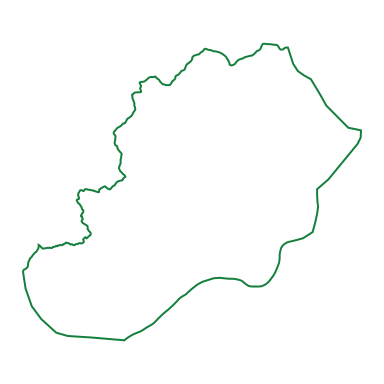 outline of Add, Houaphan, Laos
{"feature_id": "54806243B77566454903685", "entity_name": "Add", "entity_type": "district", "adm_level": 2, "iso_a3": "LAO", "parent_name": "Laos", "parent_adm1": "Houaphan", "projection": "albers", "projection_center": [103.803, 20.731], "detail": "fine", "context": "isolated", "style": "outline", "palette": "green", "viewbox_px": 384, "rotation_deg": 0, "n_neighbors": 0, "source": "geoboundaries", "source_scale": "gbopen_adm2", "svg_char_len": 5760}
<svg xmlns="http://www.w3.org/2000/svg" viewBox="0 0 384 384"><path d="M287.9,47.5L286.3,47.5L284.9,47.8L284.0,48.6L283.1,49.3L282.0,49.6L280.8,49.6L280.0,49.2L279.3,48.2L278.6,46.9L277.4,45.3L276.3,44.9L274.4,44.7L273.0,44.7L271.2,44.3L269.9,44.2L265.8,44.0L265.0,43.8L264.2,43.7L263.3,43.8L262.5,44.4L261.9,45.3L261.2,47.1L260.6,48.5L259.8,49.6L258.0,50.7L256.8,51.1L255.4,52.8L253.9,54.2L253.1,54.8L252.2,55.5L250.3,55.8L246.3,56.8L245.0,57.1L243.2,58.3L239.2,59.5L237.4,60.7L236.2,62.1L235.0,63.9L233.8,64.6L232.0,65.4L231.3,65.4L230.0,64.9L229.5,64.1L229.5,63.2L228.3,60.5L227.2,58.8L225.9,56.6L224.1,55.2L222.2,53.8L220.0,52.6L218.0,52.0L215.3,51.3L213.9,51.3L212.6,50.9L211.1,50.2L207.7,49.7L206.7,49.1L205.6,48.8L204.8,48.9L204.0,49.5L203.5,50.5L202.1,51.7L200.5,52.7L198.9,54.4L197.5,54.5L196.0,55.1L194.6,55.4L193.3,56.2L192.3,57.4L192.2,58.4L192.2,59.3L190.8,61.3L188.2,63.4L187.1,64.1L186.4,65.0L184.6,69.5L183.7,70.2L182.1,70.7L181.3,71.1L180.8,71.6L180.5,72.6L179.6,73.3L179.0,74.0L178.3,74.8L177.1,75.2L176.3,75.6L175.4,76.6L175.3,78.4L174.8,79.2L172.0,81.6L171.7,82.4L171.3,83.2L170.1,84.6L169.8,85.1L166.7,85.1L165.2,84.9L164.2,84.4L163.6,84.3L162.7,84.3L162.0,83.5L160.2,81.8L159.6,80.6L158.9,79.7L157.7,78.9L156.4,77.8L155.4,76.6L154.8,76.5L153.8,77.1L150.7,77.0L148.9,77.6L146.8,79.6L146.0,80.3L144.6,81.3L143.0,81.8L142.6,81.8L140.8,82.0L140.1,82.2L139.7,82.6L139.7,83.2L141.0,85.9L141.1,86.3L140.3,87.7L140.1,88.4L140.4,89.3L141.1,91.3L141.0,91.9L140.3,92.2L139.2,92.3L135.9,92.4L135.0,92.5L134.3,92.9L133.6,93.6L132.2,94.6L132.1,94.8L132.1,95.3L132.2,95.6L132.5,95.9L132.5,96.1L132.3,97.0L132.3,97.8L133.7,101.2L134.4,103.4L134.3,105.5L135.0,107.3L135.1,108.6L135.3,109.6L134.6,110.7L133.0,113.0L132.2,114.9L131.4,116.0L128.1,118.4L127.2,119.0L126.7,119.9L126.3,120.9L125.9,121.4L125.1,123.0L124.5,123.4L123.6,123.4L123.0,123.6L122.3,124.4L120.8,126.0L119.1,126.9L117.0,128.2L116.2,129.3L115.4,130.2L114.7,131.2L114.1,131.7L113.8,132.2L113.7,133.0L113.9,134.0L115.1,135.3L115.5,136.1L115.3,138.3L115.3,139.7L114.9,140.9L114.6,143.2L115.1,144.6L115.6,145.4L116.8,145.9L117.1,146.4L117.6,148.1L117.8,149.1L118.8,150.4L119.8,151.6L121.2,153.1L121.6,154.0L121.6,155.0L121.2,156.1L121.1,158.0L120.6,159.4L120.6,163.5L120.0,164.7L119.6,165.4L119.6,166.3L119.0,167.3L118.9,168.1L119.6,169.8L120.3,171.2L121.6,172.4L122.8,173.9L124.4,175.0L125.3,176.5L125.3,177.0L124.5,177.4L123.2,178.5L123.0,179.1L122.7,179.9L122.1,180.3L119.5,180.9L117.4,181.7L116.0,183.1L114.8,185.2L113.9,185.6L112.8,186.3L112.1,187.0L110.6,188.9L110.1,189.3L109.7,189.3L108.7,189.2L107.2,188.2L106.0,187.2L105.4,186.6L105.1,186.4L104.5,186.4L101.9,187.8L101.5,188.0L100.8,188.4L100.3,189.0L99.4,189.4L99.1,190.1L99.1,191.8L98.9,192.1L98.0,192.1L96.5,191.7L95.2,191.2L94.3,191.1L93.7,190.8L93.3,190.4L92.0,190.4L91.4,190.3L90.3,189.9L88.2,189.7L86.0,189.1L85.5,189.1L84.8,189.5L83.7,191.0L83.0,190.9L81.7,190.2L80.3,190.3L79.8,190.9L78.6,193.0L78.2,194.1L78.1,195.4L78.9,197.4L79.0,198.1L79.0,198.7L77.0,199.7L76.8,200.1L76.8,200.6L77.4,201.6L77.9,202.7L79.9,204.5L80.8,206.2L81.5,207.1L82.1,209.2L82.9,209.9L83.3,210.7L83.3,211.5L83.0,212.6L82.0,213.6L81.6,214.5L81.2,215.2L81.0,215.7L81.1,216.1L81.2,216.6L81.4,216.7L81.8,216.9L82.0,216.8L82.2,218.0L82.8,219.0L82.7,219.2L82.5,219.7L81.9,220.3L81.7,220.6L81.7,221.1L81.7,221.6L82.1,222.2L82.9,223.2L84.2,223.8L84.7,224.2L85.4,224.7L86.2,225.1L86.9,225.5L87.2,225.8L87.5,226.2L87.6,226.9L87.7,227.6L87.6,229.0L88.4,229.9L88.6,230.6L88.8,231.0L89.2,231.4L90.0,232.0L90.6,232.9L90.7,233.1L90.7,233.7L90.6,234.8L90.5,235.0L89.9,235.3L86.7,238.3L86.4,238.3L85.4,237.3L85.1,237.4L84.0,238.3L83.2,239.5L83.6,240.5L83.8,241.6L83.8,241.9L83.6,242.1L83.4,242.4L83.1,242.7L82.0,243.3L81.5,243.4L80.8,243.4L79.9,243.1L79.6,243.1L78.9,243.3L77.6,244.0L75.9,244.2L75.5,244.4L74.3,245.2L73.9,245.2L73.4,245.0L72.9,244.8L72.1,244.3L71.7,244.2L70.6,244.5L69.9,244.0L69.4,243.8L69.1,243.4L68.8,243.3L67.3,243.0L66.2,242.6L65.9,243.0L65.6,243.3L64.8,243.5L64.5,243.6L64.3,243.8L64.0,244.1L63.8,244.2L63.3,244.2L63.2,244.3L62.8,244.8L62.5,245.0L62.1,245.1L61.3,245.1L60.5,244.9L60.0,245.2L58.6,245.5L57.8,245.5L57.6,245.6L57.3,246.2L57.1,246.2L56.6,246.0L56.2,246.0L55.6,246.3L54.2,246.9L52.9,247.0L52.7,247.2L52.1,247.8L51.7,248.0L51.4,248.0L50.8,248.0L49.5,247.6L48.3,248.0L47.5,247.8L47.3,247.8L46.1,248.2L44.5,248.3L43.4,248.7L43.0,248.6L42.5,248.4L42.0,248.0L39.7,245.6L38.7,245.0L38.8,245.7L38.4,248.1L38.2,248.9L37.6,249.6L36.8,251.0L36.3,251.8L35.7,252.1L34.4,253.2L32.7,255.3L31.8,256.7L29.9,258.6L29.4,260.0L28.7,261.5L28.2,262.9L28.0,265.1L27.8,266.6L27.1,267.6L25.3,269.1L24.2,269.5L23.5,270.2L23.0,271.6L25.6,288.7L31.8,306.3L41.2,319.0L56.2,332.7L67.8,336.0L91.5,337.5L124.3,340.3L127.8,337.6L132.2,334.9L135.4,333.4L140.0,331.6L142.6,330.2L146.8,327.4L150.9,325.1L153.6,323.3L156.2,320.7L158.5,318.3L162.1,314.8L166.1,311.3L167.6,310.2L173.8,304.5L179.4,298.6L181.0,297.3L182.8,296.1L184.7,295.1L186.3,294.0L188.4,291.9L190.9,289.7L192.7,288.2L197.2,284.7L198.9,283.7L201.1,282.5L202.5,281.8L210.0,279.4L214.1,278.2L219.6,277.8L226.0,278.5L229.9,278.8L232.1,278.7L234.4,278.9L238.5,279.7L240.4,280.3L241.8,280.8L244.5,283.1L246.4,284.5L248.4,285.8L250.1,286.3L252.4,286.5L258.5,286.5L261.2,286.3L263.0,285.7L266.0,284.1L268.3,282.1L269.8,280.5L273.7,275.1L275.2,272.4L278.0,265.8L279.1,262.6L279.4,260.6L279.7,257.3L279.6,254.8L280.1,251.8L281.2,247.8L282.3,246.2L283.5,244.7L287.4,242.2L292.3,241.1L297.4,239.8L302.9,238.3L308.8,234.6L312.6,232.1L315.2,222.6L317.2,213.3L318.1,206.3L317.5,202.4L317.1,195.5L317.1,189.2L328.4,179.4L357.5,144.0L360.7,137.6L361.0,130.4L355.6,129.2L348.4,127.8L326.3,105.6L320.3,94.8L310.9,79.2L304.5,75.7L297.9,71.1L293.1,63.7L287.9,47.5Z" fill="none" stroke="#15803d" stroke-width="2"/></svg>